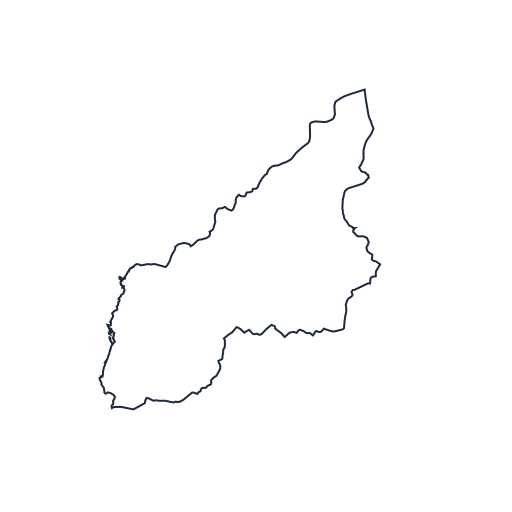 the district of Hörgársveit, Norðurland eystra, Iceland, rotated 202°
{"feature_id": "244011B22444435927366", "entity_name": "Hörgársveit", "entity_type": "district", "adm_level": 2, "iso_a3": "ISL", "parent_name": "Iceland", "parent_adm1": "Norðurland eystra", "projection": "orthographic", "projection_center": [-18.391, 65.624], "detail": "fine", "context": "isolated", "style": "outline", "palette": "slate", "viewbox_px": 512, "rotation_deg": 202, "n_neighbors": 0, "source": "geoboundaries", "source_scale": "gbopen_adm2", "svg_char_len": 6107}
<svg xmlns="http://www.w3.org/2000/svg" viewBox="0 0 512 512"><g transform="rotate(202 256 256)"><path d="M137.8,294.8L142.7,295.9L145.0,295.6L146.9,295.9L147.3,296.3L148.4,300.3L148.9,300.9L153.0,301.5L154.8,302.5L156.8,305.1L156.5,308.3L156.7,311.2L159.9,314.3L163.8,314.5L169.2,312.3L174.8,314.7L175.4,315.9L175.3,317.0L175.1,317.3L175.3,318.0L174.7,319.0L176.5,318.2L177.2,318.9L181.1,319.2L185.3,322.3L187.1,323.1L188.4,324.1L189.7,326.3L191.3,328.1L191.9,329.0L192.3,330.3L193.8,332.6L196.6,340.7L197.7,347.6L197.8,349.0L197.7,349.8L196.6,352.2L195.4,353.7L184.5,362.7L182.6,365.3L182.4,366.8L182.0,367.6L182.0,368.0L181.7,368.5L181.4,370.1L180.8,370.5L180.8,371.0L182.4,373.2L183.2,373.0L184.7,373.9L186.4,374.3L189.8,373.9L193.5,376.5L193.2,378.9L192.6,380.5L192.9,381.8L192.6,383.4L192.8,383.8L192.6,384.2L192.6,386.1L193.5,388.8L194.9,391.3L195.0,392.3L195.9,394.1L196.6,398.8L196.8,402.1L196.8,403.2L196.4,405.9L195.2,410.8L194.8,413.3L194.8,418.2L197.5,420.9L200.1,424.1L202.5,426.3L204.8,429.2L213.4,443.3L217.6,451.0L228.8,441.8L233.8,437.3L236.7,433.8L239.9,429.1L240.1,427.8L239.5,424.4L235.9,416.9L235.7,414.9L235.8,413.0L236.1,411.8L237.0,410.5L240.5,407.1L242.7,405.8L251.2,403.1L253.0,402.0L255.0,400.1L255.4,399.1L255.1,397.4L250.8,387.5L250.2,385.5L249.7,382.8L249.8,381.3L250.2,380.0L254.2,373.3L257.4,366.7L258.9,361.1L259.9,358.5L262.8,354.8L266.7,351.3L269.3,348.4L273.7,346.0L274.4,345.3L275.7,343.1L276.4,341.6L276.9,339.7L276.7,337.3L276.8,336.0L278.1,334.4L279.5,329.6L280.1,326.1L280.3,322.6L280.2,320.5L280.6,319.1L281.4,318.3L284.0,317.1L283.8,314.8L283.9,314.4L284.9,313.3L288.4,311.3L288.5,309.8L288.3,308.6L288.5,307.7L288.9,307.2L290.1,306.5L292.6,305.9L294.7,306.4L295.1,305.7L296.0,303.3L296.0,300.9L294.7,297.7L294.9,295.3L294.6,293.9L294.7,291.2L295.1,289.8L295.9,288.8L300.1,288.9L302.9,289.9L303.5,289.7L305.1,287.7L307.8,286.4L309.0,285.1L309.5,278.8L307.9,274.6L306.6,272.8L305.9,266.3L305.9,264.5L306.3,263.4L308.1,261.2L307.2,260.0L306.9,259.1L306.7,257.5L306.9,256.6L309.2,253.4L310.5,252.8L312.5,251.0L314.3,250.1L315.3,249.3L316.3,247.9L318.4,243.1L320.1,240.6L322.0,241.8L323.0,241.9L327.6,241.2L332.5,237.6L334.3,234.2L333.7,232.4L333.7,231.0L333.9,228.2L334.2,227.7L334.5,224.2L334.2,220.3L334.2,218.4L334.7,214.6L335.0,213.5L335.7,211.9L347.0,210.6L350.8,208.6L353.2,208.0L358.8,204.4L362.5,204.2L363.8,203.6L365.1,201.8L365.5,199.9L365.9,199.8L365.8,199.5L366.1,199.2L366.6,199.2L366.8,198.4L367.5,197.6L368.2,197.3L368.0,196.2L368.3,195.8L368.2,194.8L368.4,194.9L368.4,194.1L368.9,193.4L368.9,193.1L368.8,192.9L369.0,192.2L368.9,191.4L369.3,190.2L369.2,189.9L369.6,188.4L369.6,187.5L369.4,187.2L369.7,187.0L369.4,186.5L369.9,186.5L369.9,185.7L370.1,185.5L369.8,185.3L370.6,184.6L371.2,185.1L371.6,184.6L371.5,184.4L373.4,185.6L374.7,185.4L374.1,183.8L372.9,183.5L371.5,182.4L371.9,181.4L371.3,180.5L371.4,179.9L370.6,179.6L370.7,179.1L370.2,178.6L369.0,178.4L368.1,176.6L367.7,177.3L367.8,178.2L367.3,178.6L366.3,176.4L365.6,175.9L364.9,174.4L365.2,173.3L364.8,171.6L366.4,169.4L366.5,168.1L366.3,167.9L367.4,165.2L367.3,164.6L366.6,164.7L365.7,163.5L366.1,162.3L366.5,161.8L365.8,160.8L366.0,160.4L365.5,158.5L366.3,157.0L364.8,155.1L364.6,154.3L365.4,153.1L366.5,152.4L368.0,149.0L366.6,147.7L365.8,146.3L365.8,145.7L366.1,145.2L366.0,143.7L366.5,142.1L366.1,141.1L366.4,140.4L365.8,140.3L365.2,139.3L365.3,137.4L364.9,137.2L366.2,136.0L367.3,136.6L368.0,136.5L364.6,133.4L363.7,132.0L363.3,130.1L363.7,129.4L363.1,128.8L362.2,128.7L362.6,129.0L362.6,129.6L363.0,130.4L363.4,132.1L362.0,131.4L363.3,134.2L362.9,134.2L362.1,132.8L361.4,132.9L361.0,132.1L358.5,131.5L358.3,131.1L358.6,129.8L358.1,129.3L357.8,127.2L358.0,126.2L356.7,125.7L356.6,124.9L354.9,124.0L354.9,123.4L355.7,121.6L355.7,120.7L355.9,120.4L359.7,123.6L360.0,124.4L360.2,124.2L360.7,124.9L360.9,125.6L362.0,126.4L359.9,123.5L356.5,120.8L356.0,120.0L356.4,118.4L356.1,116.8L356.3,116.3L355.9,115.0L356.1,114.5L355.8,113.3L355.8,112.2L355.4,109.5L355.6,107.8L355.3,106.9L355.4,105.5L355.2,104.3L355.7,102.3L355.3,102.7L355.3,101.2L355.8,101.1L356.0,101.8L356.1,101.4L355.7,100.9L355.4,100.9L355.6,100.3L355.1,98.0L355.3,96.2L355.2,95.1L354.6,91.8L353.3,87.8L353.4,87.3L353.7,87.2L353.8,87.0L353.3,87.2L353.2,86.9L353.7,86.7L353.4,86.6L353.7,86.0L354.4,85.4L354.4,85.7L355.4,84.6L354.7,83.1L351.7,80.5L351.4,79.3L351.1,78.8L347.8,76.8L345.9,73.9L345.7,73.0L344.6,72.1L343.5,72.2L342.3,74.0L339.9,74.4L336.3,74.0L334.1,72.6L333.9,72.2L333.7,70.7L334.1,69.7L334.0,69.2L334.2,68.7L334.2,67.9L333.3,66.5L333.0,64.9L333.6,63.9L333.7,62.5L332.6,61.0L331.6,62.3L330.0,63.3L324.3,65.6L312.2,67.9L304.0,77.8L304.5,80.7L304.2,83.5L302.3,83.8L296.9,83.4L294.8,84.7L291.0,85.7L285.9,87.8L278.5,89.1L277.2,89.6L276.1,90.8L274.1,91.1L273.3,91.8L272.1,92.2L269.5,95.5L264.1,105.4L262.9,106.0L258.7,106.1L258.6,107.1L258.1,108.4L256.8,109.8L257.1,111.5L256.9,112.6L256.3,113.6L253.0,115.1L252.3,117.3L251.0,118.9L249.9,119.7L249.8,120.1L249.8,121.3L251.1,124.0L249.6,127.7L248.0,129.6L247.4,133.1L247.0,137.8L247.6,140.0L248.4,141.4L248.8,142.0L250.2,142.7L251.6,144.7L248.7,147.9L250.0,152.3L250.2,153.8L251.4,157.3L251.0,158.2L250.9,159.6L251.1,161.0L253.4,166.3L254.9,167.5L251.8,173.1L249.5,176.3L248.2,180.0L247.5,182.6L246.2,182.9L242.8,182.4L238.1,180.5L236.9,182.4L234.7,185.0L230.4,182.9L229.0,182.6L225.6,184.4L223.6,184.1L222.6,184.6L221.4,186.0L219.3,191.5L216.0,197.8L212.6,198.0L211.9,197.5L211.1,195.9L203.6,193.9L199.1,191.6L196.2,197.4L194.2,198.9L191.9,199.9L189.6,199.9L188.7,202.8L187.9,204.0L183.9,204.2L180.3,203.4L177.2,204.8L173.5,203.7L173.0,205.4L172.7,207.8L172.3,208.6L171.8,209.1L169.6,209.0L167.7,209.7L166.2,212.7L166.0,214.0L159.1,214.4L155.7,215.0L149.3,219.5L148.0,220.7L147.4,221.7L147.4,222.2L149.6,229.1L150.8,234.1L151.3,237.4L151.9,239.4L152.8,241.5L154.5,244.4L154.8,248.5L154.4,251.1L152.4,254.0L152.0,255.0L151.9,255.8L152.0,256.3L153.9,258.3L153.9,259.1L153.5,260.6L152.0,261.5L141.8,272.7L139.9,273.2L141.3,277.5L141.4,278.4L141.3,279.1L139.9,280.7L137.3,282.0L138.7,285.6L139.0,286.7L137.8,294.8Z" fill="none" stroke="#1e293b" stroke-width="2"/></g></svg>